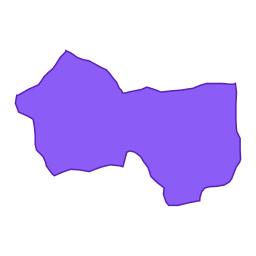 outline of Zardab District, Zərdab, Azerbaijan
{"feature_id": "54616110B34042895235078", "entity_name": "Zardab District", "entity_type": "district", "adm_level": 2, "iso_a3": "AZE", "parent_name": "Azerbaijan", "parent_adm1": "Zərdab", "projection": "robinson", "projection_center": [47.712, 40.25], "detail": "fine", "context": "isolated", "style": "filled", "palette": "violet", "viewbox_px": 256, "rotation_deg": 0, "n_neighbors": 0, "source": "geoboundaries", "source_scale": "gbopen_adm2", "svg_char_len": 1340}
<svg xmlns="http://www.w3.org/2000/svg" viewBox="0 0 256 256"><path d="M16.7,95.4L15.4,103.3L18.7,112.1L28.3,116.4L33.1,119.3L34.2,125.2L34.4,126.6L35.2,135.1L35.2,144.4L36.6,150.1L43.0,156.5L45.3,161.3L46.5,166.2L52.1,173.8L54.3,175.7L63.3,171.8L70.7,169.3L79.9,169.9L89.2,171.6L95.3,169.2L102.0,166.8L110.3,164.8L119.6,165.8L122.9,166.7L125.2,158.3L126.7,152.3L129.7,150.9L134.7,152.1L140.6,156.5L143.6,161.6L148.0,167.5L149.3,171.2L150.9,176.4L154.8,180.3L157.0,182.3L157.9,183.1L164.1,187.9L163.4,194.1L165.4,200.2L166.1,202.0L168.7,205.4L177.9,205.4L188.2,202.9L198.3,200.9L199.7,200.8L199.9,197.8L201.5,192.2L204.6,188.1L209.5,186.7L216.0,186.4L224.3,185.0L229.5,181.8L231.8,178.4L233.7,173.4L236.2,167.1L239.6,162.2L240.6,159.1L240.1,149.9L240.1,138.5L236.6,131.1L235.9,121.2L235.9,103.6L236.5,92.8L235.4,83.4L233.8,84.2L229.4,84.2L222.4,83.5L215.1,83.5L206.6,83.5L201.4,84.9L192.9,88.3L180.4,90.2L171.1,90.9L161.0,92.1L155.8,90.0L147.0,87.1L141.3,89.5L130.4,91.7L125.5,92.9L122.7,93.2L121.6,90.6L119.1,88.0L116.6,82.3L112.9,77.9L109.9,73.8L106.5,70.0L100.3,67.0L96.7,65.0L88.9,60.8L83.2,59.7L77.3,57.5L71.1,53.1L65.9,50.6L65.9,51.6L60.2,57.4L57.4,61.9L55.3,65.4L52.6,68.9L48.4,72.4L45.0,75.9L44.1,76.7L40.8,81.7L38.4,84.8L33.0,87.3L29.1,89.0L21.7,93.2L17.2,95.7L16.7,95.4Z" fill="#8b5cf6" stroke="#5b21b6" stroke-width="1.5"/></svg>